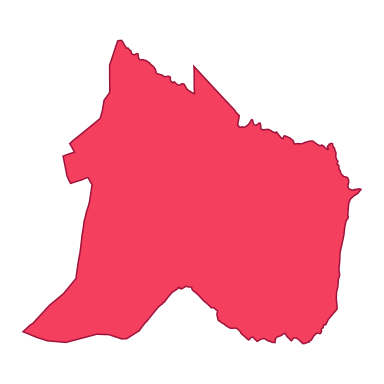 outline of Mberengwa, Midlands, Zimbabwe
{"feature_id": "62879985B72104982716343", "entity_name": "Mberengwa", "entity_type": "district", "adm_level": 2, "iso_a3": "ZWE", "parent_name": "Zimbabwe", "parent_adm1": "Midlands", "projection": "equal_earth", "projection_center": [30.19, -20.689], "detail": "fine", "context": "isolated", "style": "filled", "palette": "rose", "viewbox_px": 384, "rotation_deg": 0, "n_neighbors": 0, "source": "geoboundaries", "source_scale": "gbopen_adm2", "svg_char_len": 5933}
<svg xmlns="http://www.w3.org/2000/svg" viewBox="0 0 384 384"><path d="M338.4,164.9L337.8,164.9L337.5,164.8L337.2,164.0L337.1,163.8L337.3,163.0L337.8,162.2L337.9,161.3L337.6,160.7L336.8,159.9L336.7,159.6L336.4,158.7L335.8,156.7L335.8,155.4L335.8,155.1L336.0,154.1L335.9,152.5L334.9,150.3L334.7,149.1L334.5,148.3L333.1,146.4L332.9,146.1L332.7,145.2L332.6,143.8L331.9,143.4L331.4,143.4L330.2,143.7L329.2,144.2L329.0,144.5L328.5,145.5L327.6,146.1L327.4,146.8L327.7,147.8L328.3,148.6L328.2,149.2L328.0,149.4L327.7,149.5L327.4,149.5L326.5,148.9L324.7,147.3L324.3,147.1L323.9,146.2L323.2,146.0L322.0,145.1L321.5,145.0L320.7,145.6L319.8,145.7L319.4,145.5L316.8,144.1L315.9,143.4L314.7,142.5L312.8,141.1L312.4,141.0L309.8,141.1L305.6,142.3L305.1,142.3L302.5,143.6L300.8,143.8L297.2,143.6L295.4,144.0L294.4,143.8L294.1,143.6L293.9,143.3L293.7,142.3L293.8,142.0L293.3,140.8L290.2,138.2L286.9,136.6L284.7,135.8L284.4,135.8L283.8,136.3L283.4,137.1L283.2,138.1L283.1,138.6L282.0,138.3L280.9,137.6L279.1,135.4L276.7,132.2L276.2,132.0L275.2,132.8L272.9,131.9L270.9,130.6L270.6,130.6L268.8,129.4L265.7,129.5L262.5,129.9L260.9,128.6L260.7,125.4L260.3,123.4L260.2,123.2L259.3,123.0L256.8,124.9L254.9,125.2L254.1,124.8L253.2,122.9L252.6,120.1L251.8,119.6L251.1,120.2L249.6,123.0L247.4,125.5L244.1,127.4L243.6,127.4L242.7,126.9L241.7,126.8L240.1,127.4L239.7,127.5L239.2,127.1L238.7,125.8L237.7,125.3L237.6,125.2L239.0,117.7L239.2,115.6L238.5,114.8L238.1,114.7L236.8,113.1L236.7,112.9L235.4,111.6L235.2,111.1L235.3,110.9L232.2,107.5L230.3,105.6L228.4,103.4L225.9,100.9L193.9,66.4L194.2,73.1L194.2,76.4L194.2,79.6L194.2,88.1L194.3,89.5L194.6,93.6L193.5,93.3L191.9,92.5L188.5,90.4L187.5,89.7L186.8,88.9L184.2,84.3L183.8,84.1L182.4,83.7L181.5,83.9L179.5,85.2L178.8,85.1L176.9,84.3L175.8,83.3L174.7,82.1L174.1,81.9L173.5,81.9L173.1,82.5L172.6,82.8L171.8,82.2L171.0,81.3L170.4,80.0L170.3,77.5L170.2,77.3L169.9,76.7L168.9,76.3L167.7,76.2L165.4,76.8L164.4,76.8L163.4,75.9L162.7,75.6L162.1,75.1L161.5,74.9L160.5,74.7L159.6,74.3L158.9,74.2L157.4,73.7L156.8,73.4L156.5,73.2L156.3,72.9L155.6,70.2L155.1,68.8L152.9,66.0L150.2,64.0L150.0,63.2L148.1,61.9L146.0,60.5L144.0,60.0L142.6,59.6L141.1,59.8L139.9,59.7L139.0,58.9L138.6,57.8L138.3,56.5L138.3,55.1L137.9,53.9L137.1,53.6L136.3,53.7L134.9,54.6L134.5,54.7L133.3,54.6L132.3,54.2L131.4,53.0L131.0,51.2L130.6,50.5L129.5,50.1L128.8,49.2L128.5,48.6L128.1,48.1L127.8,48.0L126.7,48.3L126.4,48.1L125.8,47.0L124.3,44.8L122.6,41.7L122.1,41.0L121.6,40.4L120.7,40.4L120.1,40.6L119.2,40.5L117.7,40.9L116.3,45.0L116.1,45.4L113.2,54.5L109.6,65.1L109.7,83.4L109.8,87.9L109.7,88.8L109.7,92.5L106.3,97.2L104.1,100.2L102.3,111.0L102.2,111.1L100.2,118.4L89.6,127.2L72.3,141.2L69.7,143.7L71.0,145.6L74.5,152.2L69.0,153.9L63.1,156.1L63.3,157.1L67.0,175.9L68.9,180.2L70.6,183.4L76.0,181.6L81.5,180.0L85.4,178.2L87.7,177.6L88.3,177.8L89.5,180.4L90.9,182.9L92.1,184.4L89.4,202.4L89.3,202.6L88.1,207.0L86.7,210.8L85.0,218.2L84.2,220.8L83.1,229.1L82.0,235.6L81.5,240.5L80.1,251.9L78.5,260.5L77.5,267.1L75.9,278.6L63.7,293.4L63.7,293.5L49.6,305.2L33.1,323.1L30.8,324.7L30.6,324.7L23.0,331.7L36.3,337.2L47.4,340.8L65.9,342.4L96.8,334.2L109.4,334.7L115.7,337.0L116.0,336.9L121.5,338.9L122.1,338.8L126.4,338.8L127.0,338.5L139.4,330.6L139.4,330.4L139.6,330.4L139.6,330.1L140.3,329.1L140.5,328.7L140.9,328.4L141.5,327.5L144.5,323.6L144.9,322.9L145.5,322.6L145.9,322.1L146.4,321.9L146.8,321.2L147.4,320.5L148.3,319.5L149.1,318.3L158.0,307.4L158.6,306.9L159.0,306.5L159.4,306.2L159.8,305.7L160.5,305.3L161.3,304.5L162.0,304.1L162.6,303.6L163.2,302.8L164.6,301.8L167.8,297.4L172.4,292.1L177.4,289.0L178.4,287.7L178.5,287.4L179.2,287.5L179.4,288.1L179.5,288.2L180.0,287.9L180.4,288.3L180.4,288.5L180.7,288.8L180.9,288.9L181.8,288.8L184.8,287.0L186.1,286.4L186.5,286.4L188.2,286.9L190.8,287.1L191.5,287.3L191.8,287.7L191.9,288.7L192.0,289.1L192.6,290.1L199.0,295.6L199.7,296.6L200.3,297.1L200.7,297.6L201.4,298.3L202.2,299.3L203.1,300.2L205.2,302.2L206.0,302.7L207.5,304.1L208.3,304.6L208.8,305.3L210.0,306.3L211.1,307.7L212.4,307.7L214.4,308.1L215.8,309.7L216.4,309.9L217.4,310.7L217.4,311.8L216.9,314.2L217.2,316.2L218.1,319.8L218.9,320.9L220.1,321.4L222.7,323.5L224.2,324.0L224.8,324.8L226.5,326.0L229.1,327.6L230.2,328.1L231.1,328.2L232.6,328.2L235.3,328.1L236.9,328.5L237.3,328.7L239.6,330.9L240.6,332.1L240.8,332.9L241.0,333.2L242.1,334.5L244.2,336.1L248.3,339.8L248.9,339.9L249.4,339.5L249.6,339.3L250.4,337.9L252.6,337.0L253.0,337.1L253.6,337.8L254.0,338.4L257.0,341.3L257.5,341.3L259.5,339.9L262.1,338.8L264.5,338.6L268.5,341.1L269.6,341.0L271.2,342.0L272.6,342.4L275.0,342.6L275.5,339.0L276.1,337.8L277.3,336.9L280.6,335.8L283.8,333.8L285.1,333.4L285.9,334.6L286.5,335.8L287.1,336.7L288.8,338.2L290.2,339.8L291.2,340.7L291.5,340.8L291.7,340.6L292.8,338.9L293.7,338.2L294.2,338.0L296.1,338.0L296.3,338.0L298.5,339.5L302.7,343.5L302.8,343.4L303.6,343.6L304.5,343.6L307.8,342.3L308.2,342.0L308.7,342.0L309.0,342.1L309.1,341.3L311.2,340.2L311.5,339.8L313.4,336.6L313.8,336.0L315.4,334.4L315.8,333.8L316.8,333.2L317.3,333.2L320.4,333.6L320.6,333.4L320.8,332.8L321.6,331.3L321.6,330.9L321.4,330.6L321.3,330.2L321.4,329.2L321.6,328.7L322.1,328.1L322.7,328.0L323.1,327.7L323.2,327.3L323.2,326.7L323.6,325.0L325.7,324.8L328.3,319.4L337.1,309.1L336.9,304.7L336.3,299.1L336.5,292.3L337.9,286.4L338.3,279.8L339.7,275.0L338.9,269.3L339.7,261.6L340.0,253.0L343.8,235.7L344.8,226.7L346.1,221.0L348.3,217.6L347.8,214.4L348.7,203.5L350.4,199.1L353.8,195.9L357.7,193.5L361.0,189.4L359.8,189.0L358.3,188.9L354.7,189.8L354.6,189.5L353.6,190.0L352.9,190.1L352.2,190.2L351.9,190.1L350.0,189.3L348.7,188.5L348.5,188.3L347.9,187.1L347.9,186.8L347.9,185.7L348.4,183.8L348.7,182.4L348.7,181.0L348.7,180.3L348.0,178.9L347.9,178.3L347.6,177.8L347.3,177.5L346.0,177.0L344.1,176.6L343.9,176.5L343.3,176.1L342.0,174.6L341.7,174.5L341.3,174.1L340.7,172.8L340.4,171.4L338.9,168.3L338.9,165.7L338.7,165.4L338.4,164.9Z" fill="#f43f5e" stroke="#9f1239" stroke-width="1.5"/></svg>